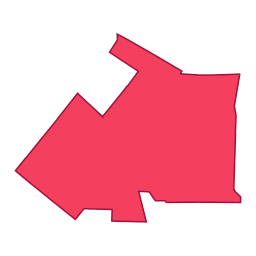 Baraganul, Braila, Romania (Albers equal-area conic projection)
{"feature_id": "2599482B45742388682810", "entity_name": "Baraganul", "entity_type": "district", "adm_level": 2, "iso_a3": "ROU", "parent_name": "Romania", "parent_adm1": "Braila", "projection": "albers", "projection_center": [27.528, 44.82], "detail": "fine", "context": "isolated", "style": "filled", "palette": "rose", "viewbox_px": 256, "rotation_deg": 0, "n_neighbors": 0, "source": "geoboundaries", "source_scale": "gbopen_adm2", "svg_char_len": 2003}
<svg xmlns="http://www.w3.org/2000/svg" viewBox="0 0 256 256"><path d="M240.6,202.5L240.6,198.5L240.6,196.8L237.5,193.9L236.0,192.4L235.0,191.5L234.8,191.3L234.8,190.8L234.2,189.6L233.8,189.5L234.0,182.4L234.8,156.2L235.0,151.5L235.1,147.0L235.2,144.7L235.3,141.4L235.4,141.0L235.4,140.8L235.3,140.6L235.5,135.5L235.6,135.3L235.6,135.1L235.5,134.8L235.4,134.5L235.4,134.2L235.7,124.2L236.0,115.7L234.6,107.4L234.2,106.8L235.0,102.1L235.6,98.6L237.1,89.8L238.4,82.0L239.7,74.7L239.7,74.2L239.1,74.1L231.8,74.4L223.5,74.7L221.8,74.7L211.9,75.1L211.4,75.0L207.7,75.1L206.4,75.1L205.5,75.1L202.5,75.1L200.3,75.1L198.7,75.0L187.6,74.3L180.7,73.8L180.4,73.6L181.9,71.1L175.1,67.2L168.3,63.1L164.0,60.6L143.9,48.9L143.7,48.8L137.9,45.5L130.0,41.0L129.8,40.8L128.0,39.8L121.0,36.1L117.2,34.1L117.4,38.4L117.4,40.0L115.7,42.7L114.6,44.3L109.5,52.2L112.2,54.0L117.9,57.8L138.3,71.3L137.5,72.4L136.3,74.1L135.1,75.8L133.0,78.6L131.3,80.9L128.7,84.5L127.8,85.8L127.2,85.9L126.8,86.5L124.7,89.2L121.2,93.6L114.1,102.4L103.4,115.6L103.0,115.6L102.6,115.6L102.4,115.7L102.4,115.8L102.3,116.1L102.4,116.5L91.2,106.1L85.4,100.8L77.5,93.3L71.7,100.8L60.1,115.4L58.3,117.6L57.8,118.6L50.2,128.0L40.1,140.3L26.0,157.9L25.9,158.0L25.6,158.1L25.1,158.7L24.8,159.0L23.5,160.7L22.3,162.1L21.8,162.7L17.5,168.1L16.4,169.5L15.5,170.6L15.4,170.7L17.3,172.3L23.5,177.6L31.7,184.3L36.0,187.7L37.1,188.6L42.4,192.9L47.1,196.7L48.2,197.7L75.3,219.4L78.9,215.0L82.4,210.6L83.9,208.7L112.1,209.5L111.8,221.0L113.6,221.1L122.8,221.4L127.2,221.4L131.0,221.5L133.2,221.6L137.8,221.7L141.1,221.7L146.3,221.9L144.4,214.2L144.1,213.0L143.0,208.7L138.7,191.4L142.2,191.5L145.3,191.6L147.2,191.8L148.5,191.8L148.9,191.9L149.1,192.0L149.3,192.1L150.4,193.6L152.1,196.2L153.6,198.3L154.8,199.9L155.2,200.5L155.4,200.6L155.6,200.8L156.6,200.8L158.3,200.8L161.5,200.7L165.2,200.7L166.1,202.2L166.2,202.4L167.6,202.4L178.0,202.3L198.2,202.2L198.3,202.2L218.2,202.3L238.6,202.5L240.6,202.5Z" fill="#f43f5e" stroke="#9f1239" stroke-width="1.5"/></svg>